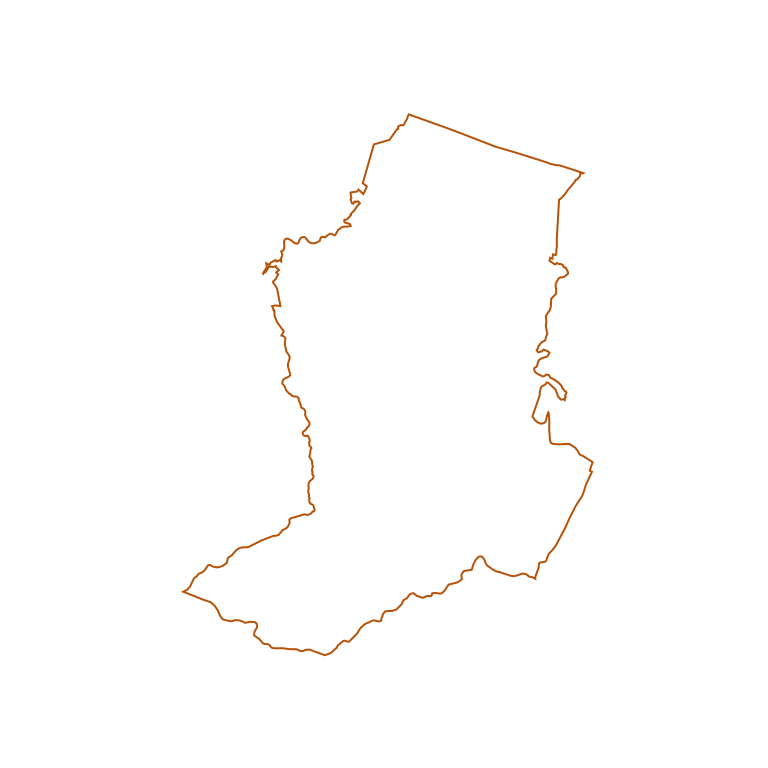 Hai Lang, Quảng Trị, Vietnam (Natural Earth projection), rotated 337°
{"feature_id": "81297802B74996211829814", "entity_name": "Hai Lang", "entity_type": "district", "adm_level": 2, "iso_a3": "VNM", "parent_name": "Vietnam", "parent_adm1": "Quảng Trị", "projection": "natural_earth1", "projection_center": [107.247, 16.684], "detail": "fine", "context": "isolated", "style": "outline", "palette": "amber", "viewbox_px": 768, "rotation_deg": 337, "n_neighbors": 0, "source": "geoboundaries", "source_scale": "gbopen_adm2", "svg_char_len": 6166}
<svg xmlns="http://www.w3.org/2000/svg" viewBox="0 0 768 768"><g transform="rotate(337 384 384)"><path d="M223.5,610.5L229.4,610.9L237.4,608.3L239.4,606.6L246.1,604.6L247.3,604.8L250.6,607.4L251.5,607.4L261.5,603.3L266.9,599.5L271.7,597.8L274.3,597.4L277.1,597.6L279.7,597.2L282.3,597.5L286.3,600.5L288.4,600.9L289.1,600.4L290.5,598.1L291.7,597.4L292.6,595.9L295.2,594.2L296.4,593.8L297.6,594.1L302.9,596.1L307.1,596.4L314.1,593.7L317.2,590.7L321.5,590.1L325.3,587.8L327.0,587.6L329.4,588.1L331.7,592.2L336.1,595.9L341.2,596.0L344.0,597.7L345.2,597.3L346.6,595.5L349.1,596.1L353.4,598.7L355.2,599.2L358.7,598.1L365.1,593.9L374.0,595.3L378.7,594.4L379.6,593.9L380.3,590.6L380.7,590.0L383.0,588.1L384.7,587.4L392.2,589.3L395.8,584.9L400.0,581.6L403.1,580.1L404.3,580.1L406.1,580.7L406.9,581.7L407.8,585.0L407.6,588.5L408.0,591.3L411.3,596.7L414.1,600.4L417.1,602.5L425.8,610.1L428.2,611.5L431.3,612.2L436.8,612.5L439.1,613.4L440.9,615.2L442.5,618.2L444.8,619.5L447.2,622.5L447.9,620.6L454.5,613.6L456.5,609.9L457.5,609.2L462.0,610.4L463.3,610.4L464.8,609.5L467.1,606.8L469.6,604.6L474.8,602.3L479.4,599.6L494.9,586.9L501.7,580.6L512.8,571.2L522.7,564.5L526.8,560.1L530.4,555.7L541.1,546.1L539.5,544.2L545.5,537.4L539.1,528.1L536.6,525.5L536.1,520.9L535.2,517.5L531.5,512.0L529.8,510.9L521.7,508.0L517.9,506.1L516.3,505.2L514.6,503.3L514.9,500.4L518.1,491.0L522.4,480.9L524.2,475.2L524.1,474.4L522.1,476.4L518.1,481.7L516.3,482.4L514.6,482.3L512.6,481.6L510.3,479.2L508.8,476.2L507.9,471.9L522.8,455.4L524.1,452.6L526.7,448.9L528.4,447.9L532.7,447.4L534.4,446.1L535.7,447.1L539.7,455.9L539.4,463.8L540.7,467.4L541.8,468.0L543.2,468.0L544.1,469.4L544.9,467.9L546.1,467.3L546.2,465.4L548.6,463.3L548.6,462.3L547.6,461.2L547.4,459.5L546.7,458.2L546.5,457.4L546.9,455.9L546.0,452.9L544.3,449.5L541.7,445.5L539.5,443.1L539.5,440.7L538.6,439.6L537.0,438.7L534.6,439.4L533.2,439.1L529.6,435.1L528.2,432.9L527.7,431.6L528.1,428.7L528.8,427.9L531.1,427.8L532.8,426.2L534.6,423.6L536.7,422.2L539.6,422.0L544.2,422.5L546.1,421.9L548.6,419.8L547.6,417.9L544.3,414.7L542.1,415.6L538.8,415.2L538.0,414.4L537.8,412.5L539.9,411.1L541.1,409.5L544.5,407.5L546.5,407.0L549.5,406.9L550.8,404.9L554.0,401.4L555.6,393.8L557.8,390.0L559.6,384.5L565.3,380.9L567.6,378.3L571.3,370.8L577.2,368.3L578.0,367.6L579.5,364.1L580.1,361.0L581.5,358.5L586.0,355.1L588.0,354.7L589.9,355.6L592.2,355.7L596.7,354.2L597.1,352.8L596.8,348.5L596.4,347.5L594.9,346.7L595.2,344.5L593.7,342.7L591.8,341.9L590.4,340.1L588.5,340.9L588.1,340.8L584.5,335.2L586.2,332.8L588.0,334.5L590.1,330.7L592.4,332.4L593.5,331.2L595.8,326.5L596.4,326.0L599.6,318.2L617.1,282.9L620.5,281.9L624.7,280.0L628.5,277.5L638.8,272.3L640.0,271.1L641.0,271.3L644.8,269.8L645.9,268.7L647.2,266.3L648.2,266.8L649.1,267.9L649.9,267.8L630.7,251.0L627.9,249.8L623.0,246.2L620.3,243.5L594.5,221.5L580.0,209.7L543.7,174.6L512.1,145.5L509.9,147.6L508.8,149.1L505.1,151.7L503.6,153.2L502.7,153.4L500.6,152.2L497.6,152.5L496.7,154.6L495.3,154.6L484.5,161.4L468.3,159.5L442.9,190.9L445.3,194.9L445.3,195.6L441.9,198.8L439.2,201.1L436.5,195.1L434.3,196.3L428.3,194.7L427.8,194.9L426.7,200.0L425.4,200.9L425.1,205.1L426.1,206.1L428.1,204.6L428.5,204.6L429.2,205.4L431.3,205.6L431.9,206.3L432.4,208.3L428.7,209.8L424.9,212.4L419.6,214.7L419.7,215.6L413.9,218.1L412.0,217.4L411.3,217.8L410.8,219.3L411.0,220.0L414.9,223.2L415.3,224.0L415.1,225.5L412.7,225.1L408.2,223.4L405.9,223.2L402.0,224.3L397.2,227.9L396.4,227.8L394.2,225.1L393.0,224.7L391.1,224.8L387.2,226.0L384.7,224.4L383.8,224.2L382.5,225.0L380.8,227.1L376.7,227.5L374.5,227.2L371.9,225.8L370.6,224.2L369.9,223.0L369.0,218.8L368.2,217.7L366.0,216.9L364.4,217.1L363.0,217.9L360.5,220.5L359.4,220.9L358.3,220.7L356.8,219.4L354.1,214.6L351.7,212.3L350.5,212.0L348.9,212.5L347.6,213.9L345.7,219.1L344.6,220.8L342.8,221.8L341.3,221.7L340.7,225.6L340.3,226.4L338.2,228.1L337.2,231.0L336.2,229.2L333.0,229.4L332.5,227.5L326.8,228.1L325.0,229.6L322.8,226.8L321.9,230.6L315.9,234.8L316.0,235.4L318.3,234.0L318.8,234.7L324.1,230.9L327.5,233.0L330.5,233.3L330.2,234.0L330.5,234.9L331.9,238.1L328.4,239.1L329.5,241.7L325.3,245.1L321.8,246.4L321.6,247.5L322.7,252.6L322.7,255.0L319.1,271.8L314.8,269.3L311.4,268.6L311.2,273.1L311.7,273.1L311.5,274.5L309.9,278.1L309.7,285.1L312.3,296.4L308.5,299.3L309.9,300.4L310.6,301.6L311.1,303.6L308.4,308.1L306.9,315.2L307.1,317.4L307.7,319.8L307.7,321.7L307.3,323.4L303.5,327.9L302.4,330.6L301.5,338.1L300.9,339.4L299.3,340.0L294.5,340.2L292.6,340.9L291.4,342.2L290.7,343.9L291.7,348.2L291.4,351.4L293.1,356.2L294.1,356.8L294.6,358.7L295.5,359.8L299.0,361.7L299.9,363.9L299.2,365.8L299.3,369.8L298.7,372.4L298.9,373.9L300.4,375.3L300.9,377.6L300.4,380.0L299.3,381.3L299.3,385.6L300.3,390.6L299.4,392.3L297.7,393.7L296.1,394.0L294.5,395.5L290.5,396.5L290.1,397.0L289.8,398.5L290.2,400.3L291.8,401.4L293.6,401.8L294.0,404.2L293.5,407.5L292.2,408.5L291.3,411.4L292.1,413.7L292.1,414.7L290.7,415.6L290.1,417.1L287.0,421.6L286.9,422.5L287.7,426.3L286.5,430.0L286.3,432.0L284.1,435.0L283.7,436.1L283.9,437.2L282.7,438.9L283.3,441.2L281.6,443.3L278.1,444.3L276.7,445.2L275.1,447.0L274.0,450.4L272.1,453.5L271.9,456.2L270.8,458.6L270.8,460.3L270.0,460.9L269.2,463.8L269.6,465.6L271.1,467.2L271.5,468.2L270.9,473.0L269.8,473.9L268.5,473.5L266.1,474.7L264.4,474.9L262.0,474.5L260.4,473.1L259.3,472.8L245.6,471.2L243.8,472.0L243.1,474.7L240.6,477.1L238.9,478.2L236.4,478.8L233.7,478.8L228.0,481.8L224.1,481.2L223.1,480.6L210.8,480.1L195.2,481.1L189.6,479.0L186.5,478.5L182.7,479.4L176.9,482.2L172.3,483.1L169.4,487.2L164.5,488.4L160.6,488.1L158.1,487.3L155.1,485.1L152.9,482.4L151.3,482.1L145.9,485.5L143.6,486.2L139.0,486.4L136.5,487.8L133.3,488.5L126.4,494.6L122.7,496.4L118.1,496.8L132.8,511.4L139.2,517.1L141.5,521.9L142.5,527.3L142.6,533.8L143.6,537.6L149.1,541.9L151.2,542.9L154.3,543.1L158.2,544.9L161.1,547.4L162.9,549.6L168.0,550.6L172.6,553.1L173.1,555.2L172.8,557.1L172.0,558.4L168.1,561.4L166.3,564.3L166.4,565.1L169.4,569.6L171.3,575.5L172.1,576.4L174.4,577.5L176.5,579.2L177.3,582.3L178.3,583.5L180.7,584.9L187.3,587.5L193.4,591.2L199.9,594.0L202.7,597.2L205.5,598.2L208.0,598.1L211.6,599.3L223.5,610.5Z" fill="none" stroke="#b45309" stroke-width="2"/></g></svg>